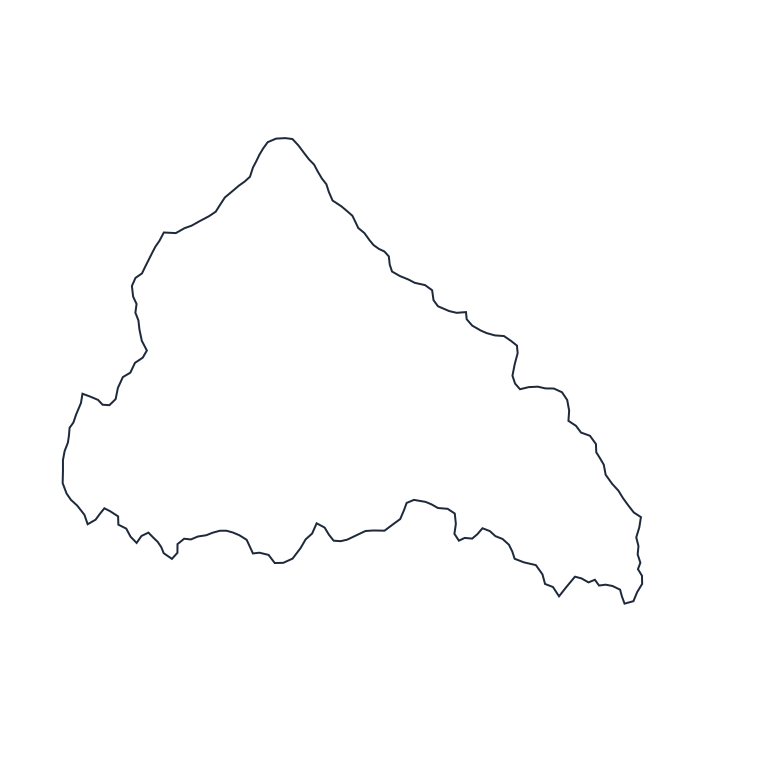 Santa Rita de Ibitipoca, Minas Gerais, Brazil, rotated 193°
{"feature_id": "56859067B41589196819428", "entity_name": "Santa Rita de Ibitipoca", "entity_type": "district", "adm_level": 2, "iso_a3": "BRA", "parent_name": "Brazil", "parent_adm1": "Minas Gerais", "projection": "orthographic", "projection_center": [-43.938, -21.59], "detail": "fine", "context": "isolated", "style": "outline", "palette": "slate", "viewbox_px": 768, "rotation_deg": 193, "n_neighbors": 0, "source": "geoboundaries", "source_scale": "gbopen_adm2", "svg_char_len": 2906}
<svg xmlns="http://www.w3.org/2000/svg" viewBox="0 0 768 768"><g transform="rotate(193 384 384)"><path d="M655.7,196.6L646.5,189.2L641.2,180.7L634.5,186.9L631.5,193.8L628.5,200.0L622.1,198.4L613.3,195.2L611.2,187.2L602.6,185.1L596.6,178.2L589.3,173.5L586.1,181.4L580.1,186.2L574.7,182.7L569.0,179.3L564.3,174.9L560.6,169.6L551.3,165.9L547.3,173.1L549.2,181.5L543.9,188.3L537.2,189.1L531.1,193.5L523.1,196.7L517.6,200.5L510.9,204.1L504.5,205.6L497.8,205.3L490.9,204.1L482.8,201.3L477.4,194.4L473.6,189.4L467.4,191.6L458.0,191.5L450.2,185.0L441.9,187.1L433.8,193.3L428.4,205.3L425.4,215.0L420.4,222.1L418.3,233.1L409.6,230.8L403.8,224.8L397.8,220.0L390.9,221.1L384.9,224.0L378.1,229.4L369.0,236.6L361.3,238.9L350.5,241.2L343.5,249.5L337.8,256.1L336.1,265.8L335.2,273.2L328.8,277.8L317.0,278.5L310.6,277.4L303.5,275.3L293.9,276.7L285.9,273.7L282.5,263.8L281.7,253.9L275.8,248.2L270.7,252.2L263.3,253.2L259.2,258.7L255.6,265.6L247.8,264.5L241.2,260.8L233.7,259.7L226.1,255.5L221.3,249.6L217.4,243.1L207.6,241.7L195.3,241.7L186.8,234.2L182.1,225.4L173.7,224.2L165.7,216.5L160.6,227.3L154.6,239.2L147.8,239.0L140.1,236.7L134.5,240.7L129.1,236.0L123.0,238.3L116.0,238.6L107.7,236.7L104.5,230.7L100.2,224.1L92.1,228.5L90.5,238.2L87.5,247.3L89.5,255.2L94.9,260.7L94.0,267.5L98.5,275.0L99.6,283.3L103.7,291.3L103.0,301.7L103.7,312.1L111.7,315.0L118.5,320.5L125.4,326.5L131.5,332.7L139.3,338.1L147.6,345.4L151.7,354.8L156.7,360.1L161.8,365.2L164.0,373.2L171.7,379.9L181.1,381.0L187.5,386.4L196.0,389.6L197.6,399.7L201.9,409.6L208.7,416.0L217.5,417.8L225.8,416.0L233.5,416.0L242.3,413.5L250.3,409.5L256.4,413.9L260.7,421.0L261.1,432.6L260.7,444.1L263.1,451.3L269.8,454.5L277.9,457.7L286.9,456.3L295.6,456.7L301.9,457.9L311.1,460.7L318.0,465.7L320.3,472.5L329.2,469.7L336.8,469.7L342.9,470.8L348.9,471.9L354.6,476.8L358.2,486.2L366.3,489.6L376.8,489.5L383.7,491.3L392.9,492.8L401.5,495.4L405.3,501.7L408.0,509.4L413.4,513.2L419.4,514.5L425.4,517.0L430.5,520.9L437.1,526.7L444.2,530.2L448.5,535.7L452.6,540.8L458.6,544.0L465.4,547.5L475.4,551.2L481.0,558.8L485.1,565.7L490.8,570.3L496.7,576.5L501.4,582.0L507.5,585.9L513.5,590.8L521.2,597.3L528.3,602.1L535.4,601.4L544.4,598.8L551.7,593.5L554.8,586.2L557.0,579.3L558.5,572.6L560.4,565.3L561.2,555.8L565.4,549.8L570.1,544.5L575.0,537.9L581.0,530.0L584.2,521.3L586.7,514.1L592.1,508.3L600.5,501.0L607.1,495.0L613.5,490.9L620.8,484.2L632.6,482.1L635.0,473.0L637.6,466.5L639.3,460.0L641.2,452.2L643.0,444.8L644.7,437.3L650.0,431.5L651.7,422.8L648.1,412.7L643.1,406.3L642.3,397.6L637.6,390.7L634.6,382.2L629.7,371.6L622.6,363.3L625.0,355.4L631.4,348.6L633.7,338.0L640.0,332.0L642.4,320.3L642.1,308.9L646.8,301.6L653.5,300.5L659.1,304.2L667.2,305.6L675.6,306.7L675.0,297.3L677.1,285.1L678.0,276.5L680.5,270.6L679.4,263.0L678.8,255.8L680.1,246.8L679.7,237.6L677.4,227.7L674.8,215.1L668.6,205.8L663.0,200.7L655.7,196.6Z" fill="none" stroke="#1e293b" stroke-width="2"/></g></svg>